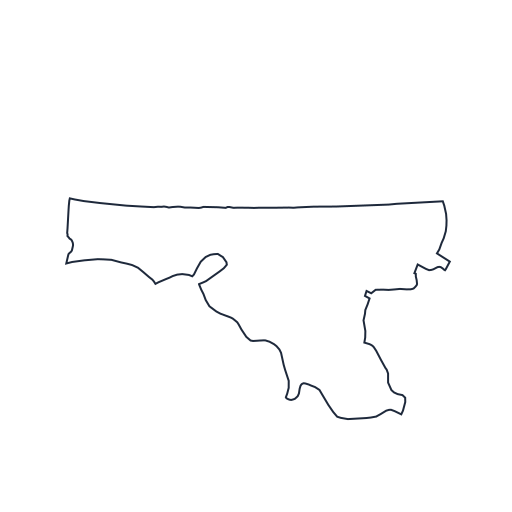 outline of Ngu Hanh Son, Đà Nẵng, Vietnam, rotated 292°
{"feature_id": "81297802B96824977906351", "entity_name": "Ngu Hanh Son", "entity_type": "district", "adm_level": 2, "iso_a3": "VNM", "parent_name": "Vietnam", "parent_adm1": "Đà Nẵng", "projection": "natural_earth1", "projection_center": [108.243, 16.007], "detail": "fine", "context": "isolated", "style": "outline", "palette": "slate", "viewbox_px": 512, "rotation_deg": 292, "n_neighbors": 0, "source": "geoboundaries", "source_scale": "gbopen_adm2", "svg_char_len": 3289}
<svg xmlns="http://www.w3.org/2000/svg" viewBox="0 0 512 512"><g transform="rotate(292 256 256)"><path d="M137.4,391.5L137.7,395.3L139.2,402.3L147.0,418.8L149.2,422.9L152.3,427.8L152.7,428.0L156.0,430.7L161.4,434.7L163.2,437.0L164.0,438.8L164.1,442.7L163.6,450.0L167.7,450.2L176.5,449.1L180.5,447.4L181.9,443.9L181.0,439.0L181.2,435.1L182.4,431.8L188.1,425.9L196.5,422.5L199.6,419.7L200.7,417.9L206.3,411.0L213.1,403.0L215.6,399.4L216.2,398.1L216.5,397.1L216.7,395.8L216.8,394.2L216.3,388.9L221.3,387.8L227.4,385.5L236.6,379.8L243.2,378.7L246.9,377.6L253.0,377.6L259.2,377.2L259.8,372.0L262.3,371.8L265.0,371.6L264.6,376.8L269.5,379.6L272.4,386.4L274.2,391.6L276.7,396.6L279.4,401.8L281.5,408.2L282.9,411.6L283.9,413.1L284.9,414.3L287.2,415.3L289.2,415.9L290.4,415.8L293.8,414.0L296.8,411.9L299.4,410.8L299.4,409.3L308.7,409.1L308.3,412.8L307.7,418.4L307.7,421.8L308.8,423.8L310.1,425.4L313.7,428.5L314.6,430.0L314.9,431.4L314.4,433.8L313.7,435.7L313.6,436.6L314.8,436.9L323.4,437.8L326.2,422.8L330.7,423.5L337.8,423.2L342.7,423.4L350.0,422.7L355.4,421.2L360.5,419.3L366.2,416.5L373.2,411.7L376.7,408.7L357.1,366.9L353.4,359.8L331.8,311.6L323.4,291.1L316.7,276.5L314.8,272.8L313.3,268.5L307.9,255.6L301.7,240.3L299.8,236.1L298.4,232.2L294.1,221.2L292.2,217.0L291.5,213.1L290.8,211.3L289.3,209.9L289.1,209.3L287.0,202.6L281.8,188.8L280.3,187.0L279.1,185.0L276.4,177.1L274.3,172.0L273.3,167.3L272.5,165.1L270.0,160.0L268.3,157.1L268.0,154.7L267.4,152.1L266.2,150.0L265.0,146.7L263.0,143.0L258.6,130.2L254.1,116.9L246.7,91.6L242.4,75.7L240.5,66.7L239.7,61.8L237.3,62.2L233.9,63.2L232.5,63.6L227.7,65.2L219.5,68.0L211.0,70.9L206.6,72.3L206.1,72.7L205.6,73.1L205.2,73.3L203.9,73.7L203.5,74.5L202.8,75.9L202.7,76.0L202.4,76.4L202.2,76.9L202.2,77.4L202.1,77.9L201.9,78.5L201.6,79.1L201.0,79.8L200.1,80.7L199.8,81.0L199.1,81.5L198.5,81.8L198.2,82.0L197.2,82.4L195.5,82.7L193.0,83.1L192.2,83.2L191.5,83.1L190.9,83.0L189.1,82.1L188.3,81.7L187.8,81.5L187.5,81.5L187.0,81.5L186.2,81.6L178.0,82.9L181.6,87.8L187.7,98.5L191.0,105.0L193.8,110.5L195.0,113.8L195.7,115.7L198.3,123.4L199.5,133.3L200.5,139.0L200.9,142.1L201.1,143.6L201.2,144.9L200.9,151.0L198.8,157.7L196.4,164.8L195.3,168.7L194.2,170.8L192.5,173.2L195.2,175.5L201.1,181.4L203.6,184.0L206.2,186.3L209.2,189.9L211.6,194.4L213.3,200.9L213.3,204.5L215.6,205.4L222.4,205.9L230.0,206.9L236.2,209.7L240.0,213.2L241.8,216.1L243.6,219.8L243.2,222.1L243.0,223.0L242.6,225.7L239.1,231.0L237.3,232.0L237.0,232.2L234.8,231.5L232.5,230.7L227.8,227.9L220.3,223.1L214.0,219.1L211.9,217.1L208.6,213.7L208.4,213.8L204.3,217.8L201.1,221.5L196.3,225.9L191.9,231.7L189.7,240.0L189.2,244.6L189.5,255.6L189.3,257.8L188.4,260.8L187.5,263.5L186.0,265.6L182.4,270.0L177.4,277.3L175.6,282.6L176.1,285.1L178.2,289.5L178.9,290.9L180.8,295.0L181.3,296.5L181.4,298.4L181.6,300.6L181.0,305.7L180.1,308.8L178.1,312.7L175.6,315.5L165.5,322.4L161.4,325.6L152.5,333.1L146.0,335.7L140.0,336.5L136.2,336.6L135.5,337.6L135.4,338.5L135.3,339.8L135.4,341.4L135.8,342.7L136.8,344.0L138.1,345.5L140.1,346.5L141.7,347.2L144.6,347.3L149.3,346.2L152.2,345.9L152.9,346.0L153.8,346.2L154.3,346.4L155.0,346.9L155.9,347.9L156.3,349.6L156.6,353.0L156.5,355.4L156.6,359.8L155.6,365.0L152.3,369.3L145.0,378.9L140.3,386.0L137.4,391.5Z" fill="none" stroke="#1e293b" stroke-width="2"/></g></svg>